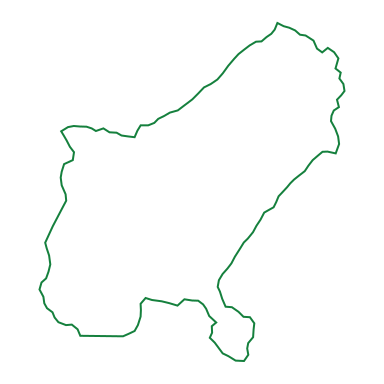 outline of Varre-Sai, Rio de Janeiro, Brazil
{"feature_id": "56859067B95050923998362", "entity_name": "Varre-Sai", "entity_type": "district", "adm_level": 2, "iso_a3": "BRA", "parent_name": "Brazil", "parent_adm1": "Rio de Janeiro", "projection": "albers", "projection_center": [-41.823, -20.893], "detail": "fine", "context": "isolated", "style": "outline", "palette": "green", "viewbox_px": 384, "rotation_deg": 0, "n_neighbors": 0, "source": "geoboundaries", "source_scale": "gbopen_adm2", "svg_char_len": 2045}
<svg xmlns="http://www.w3.org/2000/svg" viewBox="0 0 384 384"><path d="M277.4,23.0L274.7,29.6L271.3,33.8L266.5,37.1L261.5,41.4L256.0,41.7L249.7,45.4L244.2,49.6L238.5,54.1L234.1,58.9L228.3,65.7L222.8,73.3L217.4,79.5L210.8,84.0L204.0,87.4L198.2,93.5L192.3,99.4L184.9,105.0L177.8,110.4L169.9,112.6L164.1,116.0L158.3,118.8L154.3,122.9L148.3,125.3L140.7,125.3L137.4,130.7L134.6,137.2L127.9,136.4L121.5,135.5L116.6,132.7L109.5,132.3L103.4,128.4L95.9,131.0L91.7,128.4L86.5,126.7L79.9,126.5L73.8,126.0L68.0,127.1L61.2,131.3L63.8,135.6L66.7,140.6L69.9,146.8L74.0,152.2L72.8,160.1L64.1,164.1L61.7,171.7L60.7,177.6L61.7,185.3L65.6,194.3L66.2,200.7L63.6,205.6L52.8,226.2L45.2,242.7L46.7,248.3L49.1,255.5L50.3,264.4L48.5,271.7L46.1,278.4L41.5,282.5L39.5,289.5L43.4,296.8L44.3,303.3L47.0,308.2L52.5,312.3L54.6,317.5L58.4,322.2L66.0,325.1L71.8,324.6L77.6,329.3L80.3,335.8L123.0,336.3L128.5,333.9L134.6,331.0L137.9,325.1L140.6,316.6L140.9,310.1L140.6,303.8L145.6,298.0L152.0,300.0L161.7,301.3L169.1,303.1L177.5,305.6L184.4,299.3L192.1,300.5L198.2,300.7L203.1,304.4L206.1,308.7L209.2,316.0L216.2,322.5L211.8,326.2L212.1,332.7L209.8,337.8L214.7,342.6L218.7,348.0L222.7,353.4L228.3,356.1L235.6,360.6L244.0,361.0L248.3,354.8L247.2,348.5L248.2,343.1L253.1,337.2L253.6,329.4L254.3,323.3L249.9,317.2L243.5,316.8L238.5,311.8L231.9,307.2L225.6,306.7L222.2,298.8L219.9,291.5L217.7,286.9L218.9,280.2L222.6,274.0L227.5,268.5L231.4,263.4L234.9,256.7L240.3,248.2L243.8,242.5L247.8,238.6L253.0,232.2L256.5,225.7L260.5,219.7L264.2,212.6L269.1,209.8L273.6,207.3L276.2,202.1L278.6,196.3L283.4,191.2L287.1,187.2L290.3,183.3L294.0,179.6L299.0,175.6L304.8,171.1L308.4,165.7L312.7,160.1L318.3,155.3L322.5,151.8L327.5,151.6L335.7,153.4L339.1,144.0L338.1,136.4L335.2,128.7L331.0,121.1L331.5,115.7L333.8,110.5L338.9,107.1L337.0,99.7L341.3,95.2L344.5,91.0L343.4,84.0L339.4,78.5L340.7,72.6L335.5,68.5L338.4,58.4L334.1,52.2L327.8,47.9L322.2,52.4L317.0,48.6L313.5,40.6L305.6,35.5L300.0,34.7L295.1,30.4L289.2,27.7L283.7,26.2L277.4,23.0Z" fill="none" stroke="#15803d" stroke-width="2"/></svg>